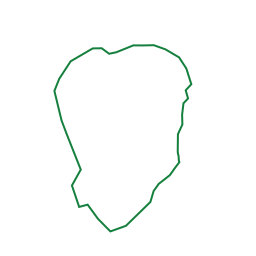 map outline of Kérouané (Natural Earth projection), rotated 334°
{"feature_id": "GIN-5642", "entity_name": "Kérouané", "entity_type": "Prefecture", "adm_level": 1, "iso_a3": "GIN", "parent_name": "Guinea", "parent_adm1": "", "projection": "natural_earth1", "projection_center": [-8.86, 9.325], "detail": "fine", "context": "isolated", "style": "outline", "palette": "green", "viewbox_px": 256, "rotation_deg": 334, "n_neighbors": 0, "source": "natural_earth", "source_scale": "10m", "svg_char_len": 633}
<svg xmlns="http://www.w3.org/2000/svg" viewBox="0 0 256 256"><g transform="rotate(334 128 128)"><path d="M49.5,177.5L52.4,155.1L67.3,144.7L70.2,106.9L71.6,92.0L78.1,62.4L87.8,53.6L105.7,42.9L131.2,41.0L139.3,44.8L143.6,53.0L150.7,54.8L169.1,56.1L176.7,59.9L187.5,64.9L196.2,73.8L204.9,87.0L206.5,100.2L204.1,116.4L196.4,119.4L194.9,127.8L188.7,130.1L182.5,139.7L178.4,148.7L170.2,155.4L162.2,171.3L161.6,173.2L161.2,175.3L159.7,178.9L159.3,180.0L159.2,181.2L152.7,184.5L145.0,188.7L131.1,191.7L123.4,195.9L115.7,204.3L83.3,215.0L66.8,213.2L61.2,196.5L58.1,179.2L49.5,177.5Z" fill="none" stroke="#15803d" stroke-width="2"/></g></svg>